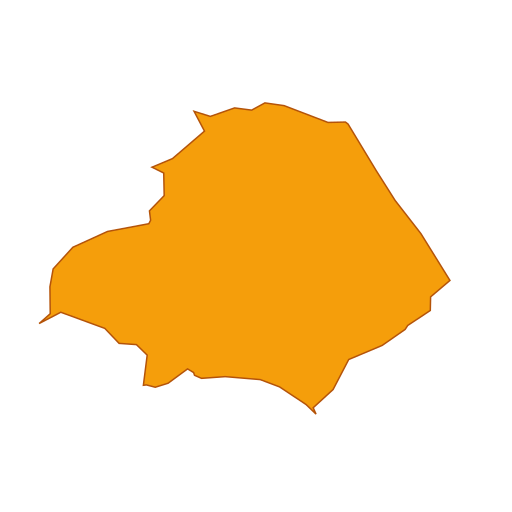 Stafford, Virginia, United States of America (orthographic projection), rotated 104°
{"feature_id": "52423323B30629094750441", "entity_name": "Stafford", "entity_type": "district", "adm_level": 2, "iso_a3": "USA", "parent_name": "United States of America", "parent_adm1": "Virginia", "projection": "orthographic", "projection_center": [-77.434, 38.418], "detail": "fine", "context": "isolated", "style": "filled", "palette": "amber", "viewbox_px": 512, "rotation_deg": 104, "n_neighbors": 0, "source": "geoboundaries", "source_scale": "gbopen_adm2", "svg_char_len": 814}
<svg xmlns="http://www.w3.org/2000/svg" viewBox="0 0 512 512"><g transform="rotate(104 256 256)"><path d="M268.1,406.0L291.8,435.8L317.6,449.7L335.7,448.5L361.8,441.7L374.0,450.1L357.8,431.8L362.8,385.2L373.9,367.7L370.9,350.6L378.5,337.6L408.7,334.0L407.6,331.2L407.7,322.0L400.7,310.5L382.1,295.1L384.2,288.3L386.6,286.8L387.9,279.3L380.5,256.7L374.9,222.0L377.3,201.5L388.0,171.5L394.9,159.5L389.4,163.8L366.9,148.9L334.0,141.0L312.2,111.9L291.1,93.5L286.7,92.0L266.7,73.7L253.4,76.7L232.8,61.9L194.4,101.4L168.5,134.4L144.0,160.1L105.7,198.6L104.4,201.6L109.0,218.5L103.3,265.1L105.3,284.4L115.5,295.5L117.5,312.6L131.6,334.1L130.6,351.1L147.3,336.2L181.7,360.6L195.0,378.4L197.8,365.6L219.6,359.7L238.0,370.3L246.8,366.9L250.6,367.8L268.1,406.0Z" fill="#f59e0b" stroke="#b45309" stroke-width="1.5"/></g></svg>